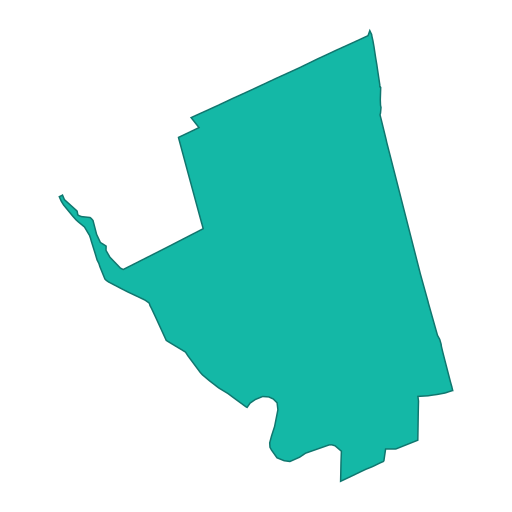 Robeasca, Buzau, Romania (Robinson projection)
{"feature_id": "2599482B80485604843100", "entity_name": "Robeasca", "entity_type": "district", "adm_level": 2, "iso_a3": "ROU", "parent_name": "Romania", "parent_adm1": "Buzau", "projection": "robinson", "projection_center": [27.128, 45.133], "detail": "fine", "context": "isolated", "style": "filled", "palette": "teal", "viewbox_px": 512, "rotation_deg": 0, "n_neighbors": 0, "source": "geoboundaries", "source_scale": "gbopen_adm2", "svg_char_len": 2245}
<svg xmlns="http://www.w3.org/2000/svg" viewBox="0 0 512 512"><path d="M452.7,390.5L452.0,387.6L451.9,387.0L450.5,382.1L448.5,374.4L443.9,356.6L442.6,351.5L441.4,346.4L441.1,344.2L439.8,339.7L439.6,339.2L437.5,335.4L428.2,302.5L428.2,302.2L420.4,274.1L391.1,159.4L386.7,142.3L386.1,139.5L381.3,119.9L380.0,114.8L380.5,113.1L381.0,107.5L380.5,105.3L380.3,99.5L380.7,87.4L380.2,86.7L379.8,86.7L379.8,84.8L377.3,68.1L376.8,64.6L375.7,58.1L375.6,57.5L374.0,46.9L373.3,42.9L372.9,40.7L371.9,36.2L371.6,34.4L370.7,32.6L369.8,30.7L369.2,32.4L368.0,35.7L352.4,42.9L336.7,50.0L317.6,58.9L298.9,68.0L276.9,78.0L270.5,81.0L261.3,85.3L250.2,90.5L233.2,98.2L217.3,105.7L191.1,117.6L199.0,127.6L178.5,137.4L178.5,137.6L186.5,167.3L201.7,223.3L201.9,223.9L203.2,228.7L165.5,248.1L165.3,248.2L123.2,269.5L120.4,268.1L109.9,257.2L106.0,250.4L106.1,246.1L100.4,242.5L96.6,234.4L93.0,220.5L91.3,218.5L90.0,217.5L81.5,216.6L79.1,215.7L77.6,214.7L77.7,214.2L77.1,211.1L64.4,199.6L62.5,195.1L62.2,195.3L60.3,196.2L59.3,196.7L59.9,198.1L60.7,199.9L61.1,200.9L62.1,202.6L63.6,205.0L72.8,216.2L74.5,218.1L75.9,219.7L78.2,221.8L84.5,227.0L88.6,233.9L89.5,235.3L90.5,238.2L91.2,240.8L95.2,253.6L97.1,260.0L98.9,263.5L99.9,266.7L104.9,279.0L106.3,280.4L108.6,282.0L121.8,288.9L127.5,291.8L136.2,295.9L145.0,300.1L149.0,302.9L149.5,303.8L150.0,305.6L151.6,308.6L156.0,318.0L166.3,340.5L185.5,352.1L187.9,355.8L200.3,372.5L202.5,374.9L209.5,380.8L217.5,387.0L219.0,388.1L220.8,389.2L227.9,393.5L234.2,398.2L244.3,405.6L245.8,406.7L247.1,407.4L250.1,403.1L255.3,399.5L262.6,396.5L268.7,396.9L273.3,399.0L277.1,402.8L277.5,406.3L277.9,409.8L274.6,426.5L271.5,436.1L269.7,442.9L270.0,447.3L271.4,449.9L277.0,457.8L284.1,460.7L289.9,461.5L299.6,457.2L305.5,453.2L329.2,444.9L331.8,444.8L335.1,445.8L341.4,451.2L341.2,456.7L341.0,462.2L340.9,467.5L340.8,472.5L340.6,481.3L345.7,478.9L362.4,470.9L366.0,469.2L371.8,466.9L374.4,465.7L376.6,464.6L380.1,462.9L383.3,461.5L383.9,460.7L385.6,449.0L394.1,449.0L395.2,449.0L396.0,448.9L417.8,440.2L418.0,428.8L418.2,415.1L418.4,405.0L418.5,401.1L417.9,396.4L428.0,395.8L431.8,395.2L437.0,394.5L445.0,393.0L445.2,392.9L445.7,392.8L448.9,391.7L451.8,390.8L452.6,390.5L452.7,390.5Z" fill="#14b8a6" stroke="#0f766e" stroke-width="1.5"/></svg>